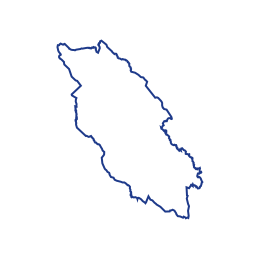 outline of Taurenes pag., Vecpiebalgas, Latvia, rotated 54°
{"feature_id": "27541924B70861266122116", "entity_name": "Taurenes pag.", "entity_type": "district", "adm_level": 2, "iso_a3": "LVA", "parent_name": "Latvia", "parent_adm1": "Vecpiebalgas", "projection": "natural_earth1", "projection_center": [25.678, 57.137], "detail": "fine", "context": "isolated", "style": "outline", "palette": "blue", "viewbox_px": 256, "rotation_deg": 54, "n_neighbors": 0, "source": "geoboundaries", "source_scale": "gbopen_adm2", "svg_char_len": 5693}
<svg xmlns="http://www.w3.org/2000/svg" viewBox="0 0 256 256"><g transform="rotate(54 128 128)"><path d="M42.0,110.7L40.8,111.8L41.1,111.9L39.2,113.7L37.0,118.2L36.3,118.9L36.1,120.1L34.1,124.0L34.1,124.9L33.9,125.3L33.2,125.8L32.1,127.2L31.2,128.0L29.3,128.9L29.2,128.7L22.7,129.8L22.5,130.5L22.7,131.0L22.5,131.4L22.1,131.6L22.0,131.9L20.1,132.9L20.1,134.1L20.5,134.7L20.5,135.2L19.8,136.1L21.1,137.5L24.3,138.9L25.5,139.2L28.9,139.1L29.3,139.5L29.1,140.7L29.4,141.5L30.1,142.1L31.2,142.3L31.6,142.1L32.1,142.2L33.3,141.6L37.0,141.0L37.3,141.3L39.2,142.2L45.6,141.0L53.3,143.4L58.7,142.4L60.0,141.4L66.1,141.3L67.7,153.8L68.6,154.2L71.3,153.1L73.4,152.1L74.5,153.6L76.0,154.8L78.3,155.5L79.3,156.3L79.5,156.8L80.6,157.1L80.5,157.4L80.2,157.4L80.2,157.6L79.8,157.9L80.2,158.0L80.2,158.3L80.6,158.4L80.6,158.6L81.3,159.0L81.9,159.1L82.0,159.5L82.9,159.7L82.7,159.9L82.9,160.1L83.1,160.0L83.2,160.3L83.8,160.1L84.7,160.9L85.4,160.9L85.9,161.3L86.6,161.4L86.9,162.0L87.5,162.3L87.7,162.6L88.5,163.0L88.4,163.1L88.7,163.4L89.1,163.3L89.2,163.1L89.4,163.2L89.6,163.4L90.1,163.7L89.9,163.8L89.8,164.2L90.1,164.3L90.2,164.6L90.8,165.1L90.5,165.2L90.5,165.5L91.2,166.1L91.4,166.0L91.5,166.2L93.5,166.9L93.5,167.1L94.9,168.1L97.7,169.1L109.7,166.8L110.0,166.1L112.0,165.1L112.2,164.9L112.7,162.6L113.5,162.6L113.9,162.8L114.2,162.6L115.6,162.7L116.0,162.3L117.1,162.4L117.7,162.9L118.6,162.7L119.3,163.1L120.5,163.1L120.7,162.7L121.2,162.3L122.2,162.4L123.1,162.1L123.7,161.8L123.9,161.2L125.1,160.8L127.1,161.1L129.7,161.3L131.3,161.8L133.4,161.3L135.4,162.9L135.8,163.8L136.6,166.7L141.5,169.5L147.1,170.7L148.1,170.7L149.4,170.3L151.4,170.4L153.1,169.6L153.8,169.7L154.8,170.3L157.6,170.6L159.7,168.9L162.0,169.2L163.9,168.2L167.3,165.4L168.9,164.4L170.0,162.9L171.6,162.3L172.7,162.2L173.3,161.9L174.0,162.0L174.2,161.5L175.5,161.0L176.8,161.0L177.9,162.0L179.5,162.4L180.4,163.3L180.7,163.4L181.4,163.1L181.8,163.2L182.1,163.5L182.6,163.7L182.7,163.8L182.8,163.9L182.9,164.2L183.2,164.3L183.0,164.5L183.1,164.8L183.9,164.8L184.4,165.0L184.5,165.2L184.5,165.3L185.0,165.1L185.3,165.6L185.9,165.9L186.2,165.8L186.2,165.3L186.6,164.7L187.1,164.5L187.6,164.1L188.3,162.7L189.7,161.9L190.4,161.9L191.0,162.1L190.3,161.3L190.6,160.6L190.9,160.3L193.0,159.4L194.9,159.1L195.7,159.1L198.1,158.2L199.1,158.1L198.5,156.6L198.2,156.3L195.3,151.6L199.2,152.0L200.9,150.8L203.9,150.5L205.9,149.9L206.6,149.9L210.8,148.1L217.5,147.0L220.0,143.3L219.5,142.4L220.0,141.7L220.4,139.9L222.2,139.0L225.4,139.2L226.3,139.6L228.6,139.5L230.2,137.8L232.9,136.2L232.5,135.0L234.4,134.1L235.0,134.2L235.4,132.5L236.2,132.1L234.8,130.6L230.3,128.1L227.1,124.6L224.7,124.0L219.6,121.9L217.9,119.6L217.2,119.9L210.4,115.5L212.6,114.0L211.3,110.5L212.1,110.2L211.6,110.1L212.1,109.6L211.7,109.2L212.0,109.0L211.8,108.7L212.3,108.8L213.0,108.6L213.2,108.3L213.4,108.3L213.5,107.7L213.8,107.6L214.2,107.7L214.5,107.6L215.3,106.9L216.3,106.9L216.4,107.3L216.7,107.0L218.0,107.0L218.6,105.8L218.5,105.2L218.5,104.9L217.8,104.5L217.7,103.9L217.8,103.2L216.4,101.3L216.0,101.1L215.5,100.3L215.6,99.8L215.4,99.6L214.0,99.5L211.9,98.9L210.5,98.8L209.2,99.3L209.0,99.6L209.2,100.2L209.0,100.4L207.9,100.4L207.1,99.8L206.9,99.4L206.1,98.5L205.9,97.9L206.8,97.1L206.4,96.5L206.5,96.0L206.9,95.8L207.1,95.5L207.1,95.2L206.9,94.7L206.4,94.6L206.2,95.3L205.5,95.6L203.6,94.6L203.3,93.7L202.6,93.4L202.6,93.8L202.2,94.7L201.6,95.5L202.0,96.1L202.1,96.3L201.6,96.6L201.0,96.5L200.6,96.7L200.9,96.9L201.4,96.9L201.2,97.2L200.6,97.3L200.0,97.2L199.2,97.6L198.3,97.6L197.2,96.7L196.6,96.7L196.5,96.2L196.0,96.3L195.6,95.9L195.1,95.9L194.7,95.3L193.6,95.2L192.9,95.4L192.6,95.1L191.6,94.7L190.3,93.5L189.8,93.6L189.7,94.2L188.8,94.1L188.0,94.8L186.4,95.0L186.1,94.9L185.9,94.3L185.2,93.9L185.1,94.1L185.6,94.5L184.1,95.2L183.2,96.3L182.9,96.5L182.2,96.1L181.1,95.0L179.6,95.2L178.5,95.9L176.2,96.1L175.9,97.0L176.5,97.6L176.6,98.3L177.1,98.5L176.0,98.8L176.6,99.7L176.6,99.9L176.3,99.9L176.3,99.6L176.0,99.5L175.6,99.7L175.4,100.0L173.6,100.4L172.5,100.2L172.3,100.1L172.5,99.8L172.0,99.8L170.7,99.2L170.1,99.1L170.0,99.3L170.0,99.8L169.3,99.9L168.8,100.3L168.9,100.8L168.6,101.3L167.0,102.1L166.3,102.2L165.0,102.0L164.3,101.4L163.5,101.1L162.4,101.3L162.0,101.1L162.1,100.7L160.2,100.8L159.6,100.0L159.1,99.7L156.3,100.3L156.2,100.7L156.0,100.9L154.0,100.7L154.1,99.7L152.9,98.7L152.5,98.6L151.6,99.3L151.9,100.1L152.0,100.4L151.8,100.6L149.5,100.8L148.2,101.4L147.5,101.1L148.1,101.0L147.4,100.4L147.4,100.0L146.7,98.8L146.8,97.6L144.7,97.1L143.8,94.6L144.0,94.4L144.1,94.1L144.6,93.7L144.5,93.2L145.1,92.9L145.3,92.6L144.3,91.3L143.9,90.1L143.9,89.5L144.9,87.9L145.4,87.7L146.1,87.8L146.3,87.6L146.4,87.3L146.1,87.0L144.5,86.4L135.8,86.0L133.8,87.7L132.4,87.7L132.5,87.8L132.2,87.9L131.3,87.7L129.6,87.0L129.1,86.6L127.9,85.7L126.7,85.4L125.4,85.4L121.4,85.9L120.2,86.6L119.5,88.2L119.3,88.2L104.3,88.8L101.8,85.3L100.2,85.5L98.8,85.9L96.2,85.9L95.4,86.6L94.7,87.4L94.2,87.7L91.1,88.3L87.4,89.8L84.4,92.3L83.0,92.0L82.8,91.9L82.8,91.5L82.1,90.8L81.2,90.7L81.0,90.4L80.4,90.2L80.0,90.4L78.7,90.5L78.2,90.1L77.5,89.9L76.8,89.1L75.0,89.1L74.7,89.5L74.2,89.2L73.0,89.3L72.2,89.6L72.3,89.8L72.1,90.0L70.9,90.2L70.2,91.1L69.1,91.8L69.0,92.8L66.9,93.8L66.2,94.6L65.5,94.9L65.0,95.0L64.1,94.3L62.7,94.5L62.2,94.0L61.1,93.9L60.2,94.9L60.2,95.5L57.3,96.1L56.7,95.9L50.3,97.2L47.9,96.5L41.7,98.2L41.5,99.7L42.3,100.2L42.7,100.9L42.3,101.5L42.7,102.0L43.3,102.4L43.0,102.9L43.3,103.2L44.2,103.0L45.1,103.3L45.7,103.3L46.9,104.0L49.5,108.0L47.9,108.7L46.1,108.0L45.8,108.1L44.5,107.0L43.7,107.0L43.3,107.3L43.1,107.8L42.4,108.2L42.6,108.5L42.2,109.0L42.6,109.1L42.4,109.4L41.8,109.8L42.0,110.7Z" fill="none" stroke="#1e3a8a" stroke-width="2"/></g></svg>